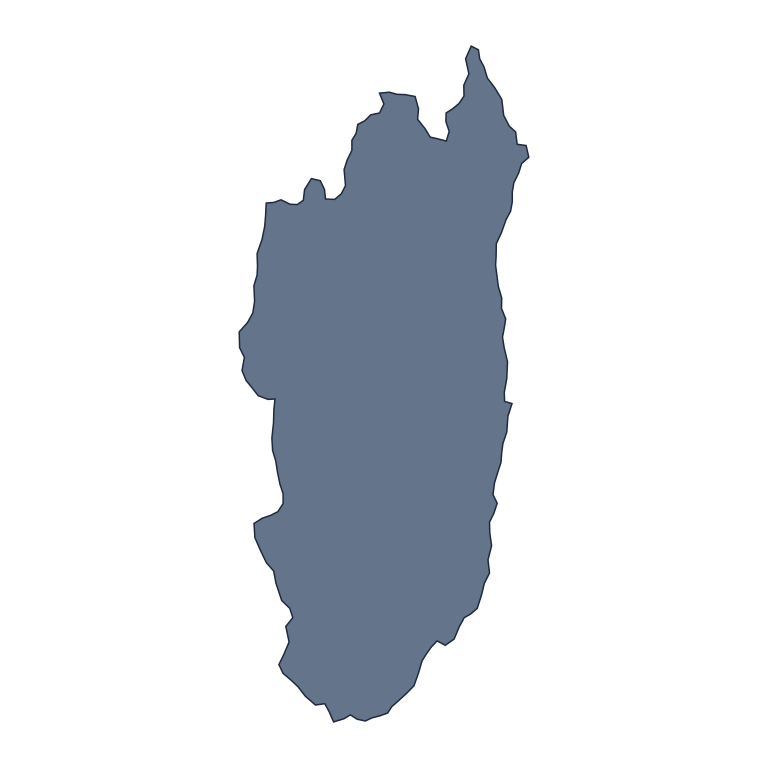 Paulistas, Minas Gerais, Brazil (Equal Earth projection)
{"feature_id": "56859067B39216072479731", "entity_name": "Paulistas", "entity_type": "district", "adm_level": 2, "iso_a3": "BRA", "parent_name": "Brazil", "parent_adm1": "Minas Gerais", "projection": "equal_earth", "projection_center": [-42.864, -18.454], "detail": "fine", "context": "isolated", "style": "filled", "palette": "slate", "viewbox_px": 768, "rotation_deg": 0, "n_neighbors": 0, "source": "geoboundaries", "source_scale": "gbopen_adm2", "svg_char_len": 2192}
<svg xmlns="http://www.w3.org/2000/svg" viewBox="0 0 768 768"><path d="M379.5,113.0L370.8,114.8L364.9,120.7L357.8,124.4L356.1,133.4L351.9,140.4L351.9,150.3L347.2,159.9L344.1,169.6L345.5,185.6L341.4,193.7L334.7,199.4L325.5,199.0L324.5,189.5L320.3,180.7L311.4,178.6L304.6,189.5L303.3,200.3L297.2,204.6L290.0,204.2L281.0,199.8L273.9,202.4L266.2,203.1L265.6,215.4L264.7,226.4L262.0,239.5L257.1,253.6L257.5,266.3L257.1,275.0L253.9,285.8L254.6,301.3L252.8,313.0L247.5,322.6L239.2,331.9L239.6,347.6L244.4,357.5L242.0,370.5L246.1,380.5L250.8,386.2L258.2,395.7L268.0,399.4L275.0,399.0L273.9,409.0L273.5,422.9L271.9,438.0L272.6,450.5L275.7,460.8L277.5,472.2L279.9,484.0L283.1,493.7L283.1,503.6L277.8,511.7L270.5,515.4L262.0,518.3L254.0,523.5L254.9,537.6L260.0,549.4L266.3,562.6L273.7,571.1L276.0,583.4L281.7,600.5L289.8,608.4L292.8,617.7L285.8,626.4L289.1,642.0L283.8,654.5L278.9,664.6L283.1,673.4L290.5,679.7L297.9,686.6L305.3,696.2L315.4,705.0L324.8,703.7L329.1,711.6L333.6,721.9L343.8,718.8L350.4,714.9L357.1,719.2L365.3,721.0L371.9,717.9L379.3,716.0L387.6,713.1L391.9,706.5L397.9,701.3L407.0,692.9L414.0,685.7L418.5,673.0L422.1,660.7L426.6,653.6L431.3,647.0L437.1,640.9L445.2,645.3L454.1,639.1L459.3,626.7L464.2,617.7L470.5,614.1L477.2,608.4L481.5,595.1L484.3,583.4L489.5,573.1L488.0,559.8L491.6,545.7L489.8,533.0L489.5,522.2L493.8,513.5L497.2,503.2L493.0,494.6L494.5,483.0L498.0,471.6L501.0,462.3L501.7,452.7L502.9,443.7L506.8,431.9L507.9,416.3L512.0,403.6L504.6,401.4L504.3,392.4L506.8,378.3L507.5,361.7L504.2,347.9L502.5,337.1L504.2,328.3L505.7,318.9L501.5,308.4L501.7,297.9L498.3,286.4L496.9,275.3L495.6,265.4L496.1,256.6L496.3,243.7L501.5,232.5L506.0,219.8L510.6,211.2L512.3,201.8L512.3,192.2L513.8,182.9L518.7,172.9L521.6,163.6L528.8,157.3L526.1,145.5L517.2,144.3L515.6,131.9L509.3,126.2L503.7,115.4L501.8,99.4L494.9,88.0L487.4,78.1L484.0,66.9L479.7,58.8L478.4,49.8L471.2,46.1L465.6,58.8L468.9,73.8L463.8,85.2L464.0,96.1L458.9,103.6L452.3,109.0L446.1,113.0L445.9,121.6L449.2,131.4L446.3,141.0L436.9,138.6L430.2,137.1L425.0,128.6L417.6,119.3L418.5,108.8L415.1,96.5L405.0,94.6L396.9,94.3L389.4,92.2L379.5,93.1L383.9,104.0L379.5,113.0Z" fill="#64748b" stroke="#1e293b" stroke-width="1.5"/></svg>